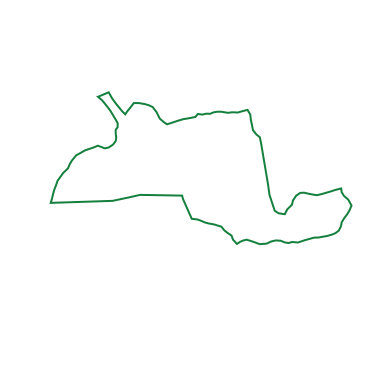 outline of Alhandra, Paraíba, Brazil, rotated 313°
{"feature_id": "56859067B57617838189099", "entity_name": "Alhandra", "entity_type": "district", "adm_level": 2, "iso_a3": "BRA", "parent_name": "Brazil", "parent_adm1": "Paraíba", "projection": "robinson", "projection_center": [-34.923, -7.354], "detail": "fine", "context": "isolated", "style": "outline", "palette": "green", "viewbox_px": 384, "rotation_deg": 313, "n_neighbors": 0, "source": "geoboundaries", "source_scale": "gbopen_adm2", "svg_char_len": 1828}
<svg xmlns="http://www.w3.org/2000/svg" viewBox="0 0 384 384"><g transform="rotate(313 192 192)"><path d="M289.9,176.6L285.9,174.0L281.4,171.3L277.6,166.9L274.5,164.4L270.6,158.6L268.0,155.8L264.9,153.4L261.5,151.9L259.1,149.1L255.6,146.7L253.1,143.1L249.2,143.3L243.9,139.5L239.4,136.0L235.0,133.4L224.5,127.6L223.9,123.9L223.7,118.4L226.3,111.4L227.3,105.2L226.1,101.5L224.2,97.7L220.9,92.6L217.4,88.8L210.9,89.4L207.1,89.6L203.3,90.2L203.4,86.0L204.8,75.9L206.0,69.6L208.1,63.1L197.5,58.3L197.8,63.2L197.3,67.2L196.5,72.7L195.6,77.5L194.1,82.7L192.9,86.8L191.7,90.6L188.7,93.4L185.4,93.8L182.4,96.7L179.9,99.7L177.1,101.5L172.9,101.9L167.7,100.7L164.5,98.5L161.7,91.6L157.3,89.6L149.6,85.4L139.7,82.3L133.2,82.7L128.7,83.7L124.6,85.2L118.0,84.8L113.5,85.4L108.6,86.0L104.1,88.0L99.3,89.9L95.4,92.0L91.5,94.2L87.7,96.1L131.4,140.0L145.8,150.1L154.5,156.0L182.6,187.2L180.7,190.3L172.2,210.1L175.5,214.5L177.1,218.1L178.4,221.9L180.2,225.4L183.3,230.2L185.0,233.7L186.7,237.1L186.0,241.6L186.3,245.6L187.1,250.6L185.1,254.5L184.7,260.3L188.4,261.2L191.6,262.6L194.4,264.5L196.3,268.4L198.0,272.2L200.1,277.2L205.3,281.9L209.9,283.7L213.7,286.3L216.8,290.0L218.4,294.2L220.5,297.4L223.7,299.3L227.3,303.9L231.3,306.1L234.4,307.8L238.3,310.2L242.0,312.5L244.8,315.4L248.0,317.8L252.1,320.9L256.5,323.5L259.8,325.0L263.8,325.7L268.6,324.3L272.0,322.1L276.6,321.2L281.3,320.7L285.8,319.8L290.9,317.9L293.0,311.4L292.8,305.7L294.0,301.5L296.3,298.7L293.5,296.8L290.5,295.0L286.5,292.8L282.2,290.2L278.5,288.0L274.8,285.5L272.4,281.9L270.1,278.2L268.0,274.5L265.2,271.8L260.3,270.7L254.7,271.6L250.9,273.8L244.3,273.5L239.0,275.0L235.5,269.8L234.7,265.3L242.7,250.7L250.2,241.4L275.2,208.7L278.3,204.2L278.0,199.8L278.8,194.4L281.8,190.3L285.0,185.7L288.4,181.8L289.9,176.6Z" fill="none" stroke="#15803d" stroke-width="2"/></g></svg>